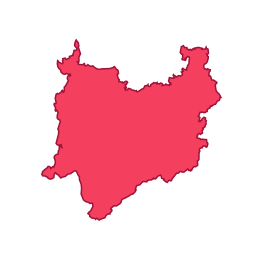 outline of Bayern, rotated 103°
{"feature_id": "DEU-1591", "entity_name": "Bayern", "entity_type": "State", "adm_level": 1, "iso_a3": "DEU", "parent_name": "Germany", "parent_adm1": "", "projection": "natural_earth1", "projection_center": [10.676, 48.917], "detail": "fine", "context": "isolated", "style": "filled", "palette": "rose", "viewbox_px": 256, "rotation_deg": 103, "n_neighbors": 0, "source": "natural_earth", "source_scale": "10m", "svg_char_len": 5678}
<svg xmlns="http://www.w3.org/2000/svg" viewBox="0 0 256 256"><g transform="rotate(103 128 128)"><path d="M155.3,56.9L154.3,56.8L155.5,58.1L155.7,58.8L155.6,59.4L154.5,60.5L158.3,63.5L158.7,64.9L158.5,66.8L158.8,67.6L160.6,68.7L161.2,70.5L167.8,73.6L169.3,73.8L169.9,74.3L169.7,76.3L172.2,77.6L171.8,79.3L170.6,81.5L169.8,81.3L169.4,83.9L167.2,85.0L166.7,85.8L168.1,88.0L171.2,89.5L171.5,90.0L171.2,91.3L171.7,91.5L171.4,92.0L173.2,93.3L173.9,95.5L174.7,97.0L176.3,97.6L176.5,100.1L177.1,101.7L180.6,103.6L181.9,106.1L182.5,106.6L185.7,107.1L186.4,107.0L186.2,106.4L186.8,106.2L189.0,106.9L191.4,108.5L191.8,109.9L193.6,111.4L197.4,115.6L198.6,117.5L199.7,118.0L202.1,118.1L203.4,118.7L206.3,121.5L206.8,122.4L206.8,123.8L207.4,124.6L209.8,126.3L210.8,126.7L211.6,125.2L212.1,125.0L215.1,126.3L215.8,126.2L215.9,127.2L217.0,128.9L218.4,129.8L220.5,130.2L223.4,134.7L224.2,135.4L222.9,138.0L224.3,139.0L223.8,139.4L223.7,140.0L223.8,143.2L222.7,145.4L221.1,145.9L220.4,147.8L218.7,147.1L218.0,146.3L216.7,145.6L212.5,144.6L209.9,145.2L209.3,145.8L210.1,148.1L209.3,150.0L209.3,152.5L208.1,155.2L202.9,158.8L197.4,159.6L193.2,161.0L189.3,163.7L186.5,164.4L184.9,166.2L181.6,168.6L181.7,170.0L182.4,171.1L185.3,173.6L186.6,176.3L189.3,178.2L190.7,181.0L191.8,182.2L189.2,185.8L188.9,187.2L187.9,188.5L188.5,189.1L190.8,189.5L193.0,189.1L194.8,191.1L195.3,192.5L195.2,193.7L194.6,195.0L193.8,195.7L193.9,196.8L193.4,197.8L193.8,200.3L192.4,201.7L191.1,201.2L190.0,201.5L187.6,200.0L185.4,198.1L183.4,197.2L183.2,195.9L183.7,194.7L184.8,194.2L182.3,192.3L182.7,191.4L178.3,191.0L176.1,191.6L173.7,193.2L172.1,193.4L170.0,192.0L169.1,190.2L166.2,190.7L163.9,190.2L161.7,190.8L161.1,189.9L161.8,188.1L159.2,189.4L160.3,191.2L160.4,192.5L160.2,193.3L159.1,194.6L149.6,194.3L146.2,194.9L144.9,196.1L136.9,195.4L135.6,196.4L134.9,198.6L134.1,199.3L131.4,199.8L128.6,199.6L126.7,201.5L127.6,201.9L127.8,202.3L127.4,202.8L124.3,203.3L122.4,205.0L121.5,205.4L120.6,205.3L120.6,203.9L119.8,203.6L115.4,205.6L111.2,205.6L110.2,204.6L110.5,204.0L110.4,203.4L108.4,201.5L106.3,200.7L106.0,200.3L107.7,199.2L106.3,198.4L102.4,199.3L101.5,198.5L95.3,196.8L93.4,198.4L91.2,198.3L90.0,197.6L90.4,196.4L90.2,195.9L89.1,196.0L88.5,196.2L89.1,197.8L88.7,200.3L89.8,201.4L90.0,203.1L89.0,205.3L88.4,206.0L86.7,206.7L85.6,208.6L84.1,210.1L81.4,211.3L78.2,211.7L78.6,210.7L79.5,210.3L80.2,206.5L79.5,206.1L77.7,206.4L77.1,207.0L76.2,206.7L75.1,207.2L74.0,204.8L74.9,204.2L75.1,203.7L74.7,203.1L72.7,200.6L71.6,201.2L71.1,200.9L70.7,199.6L69.8,198.7L69.7,197.9L68.6,198.3L66.2,197.8L65.1,198.2L64.3,197.8L64.1,196.1L63.1,195.4L61.9,195.8L59.9,198.4L58.8,198.8L56.3,198.8L53.9,198.3L56.4,195.4L58.0,195.0L59.0,194.3L60.4,194.6L66.4,191.0L70.0,191.8L74.0,190.8L74.9,192.3L75.3,191.9L75.5,190.8L77.0,190.9L77.1,190.2L76.6,186.5L75.0,185.1L75.4,184.6L76.3,184.5L77.1,183.8L76.0,181.6L75.3,181.3L76.1,179.6L76.3,177.8L75.3,176.2L75.9,175.5L77.1,172.6L77.5,169.6L76.3,166.9L74.1,158.9L72.1,155.6L71.5,155.5L71.2,155.0L73.7,152.2L73.6,151.5L74.5,150.4L77.2,149.5L78.1,150.7L82.0,148.7L82.7,147.5L84.7,147.3L84.4,146.9L84.9,144.9L84.4,143.6L85.3,143.0L85.3,142.6L83.5,141.4L82.8,140.3L82.9,139.6L83.7,138.6L84.8,139.2L86.0,139.3L86.8,140.5L89.2,138.5L89.7,138.8L89.2,139.9L89.5,140.4L91.8,138.8L90.8,137.0L89.6,136.6L89.2,135.9L89.5,133.7L90.3,132.1L89.9,131.1L90.2,128.6L89.8,128.2L90.7,127.8L90.7,127.5L89.5,125.5L86.9,123.2L86.3,121.9L83.0,120.9L83.1,120.1L82.4,119.5L82.5,118.9L81.2,118.3L82.2,117.9L82.6,117.0L82.6,116.0L81.7,115.3L80.8,115.6L78.0,113.1L78.5,112.7L77.9,111.8L77.8,110.8L77.1,109.9L78.4,109.8L77.9,108.3L78.2,107.4L76.9,106.5L77.0,104.7L77.7,104.0L78.9,104.1L77.7,101.5L76.6,101.0L77.4,99.5L76.9,98.5L77.2,97.5L76.1,97.1L76.2,96.3L75.5,95.9L74.4,96.7L74.7,97.6L73.2,99.0L69.6,99.0L69.4,95.5L68.7,94.9L68.9,94.5L68.7,94.1L67.1,95.0L66.7,95.8L65.8,95.7L66.6,94.7L66.6,93.8L67.5,92.5L65.6,90.5L65.5,88.5L64.0,86.9L62.8,87.3L61.4,88.6L60.5,86.9L59.6,87.6L59.4,88.4L58.4,88.6L57.5,88.0L58.2,86.5L58.2,84.6L58.5,84.2L58.3,83.8L56.4,84.4L55.3,83.8L54.1,84.0L51.3,83.1L48.4,83.7L46.0,83.8L44.9,84.6L45.2,85.4L45.0,86.3L47.0,86.9L47.1,88.0L47.7,88.0L48.3,87.0L49.3,87.4L49.0,89.8L49.3,90.4L48.5,91.0L47.4,90.5L44.1,91.3L43.8,91.7L44.0,92.5L42.7,94.1L36.8,94.3L35.3,92.5L36.9,91.0L36.4,88.7L37.9,88.1L37.8,87.1L38.4,85.8L37.4,85.2L37.3,84.8L38.1,83.5L37.8,83.1L36.5,82.9L36.1,82.1L36.2,80.7L35.3,81.3L33.6,77.5L33.7,73.5L34.7,73.7L33.7,70.5L31.7,70.1L32.9,69.4L33.1,67.8L37.1,66.4L38.8,67.2L38.6,67.8L40.1,66.7L40.3,65.9L42.0,65.5L45.7,65.7L47.6,66.5L48.8,68.1L50.3,68.2L52.7,67.3L53.1,66.9L52.9,65.5L53.6,64.3L52.4,63.7L52.8,62.3L52.8,60.9L54.1,60.8L54.8,61.4L56.3,61.4L58.9,60.9L58.7,59.9L59.4,58.9L62.3,57.3L62.1,55.2L63.5,51.8L64.5,51.6L65.5,52.5L66.7,52.6L71.5,50.7L72.8,49.5L74.5,46.7L77.3,44.3L77.4,45.1L80.1,45.1L80.9,45.7L81.4,46.9L85.2,48.1L85.8,49.6L88.1,51.4L87.8,52.1L88.1,52.7L90.0,52.6L92.0,54.9L94.1,54.6L94.6,55.6L95.6,56.3L96.0,58.0L95.7,59.1L96.3,60.1L96.3,61.1L96.6,61.4L99.4,61.6L100.7,62.3L101.5,60.3L103.8,60.2L105.0,60.6L105.7,60.3L105.5,59.1L104.4,58.8L103.8,58.0L102.7,58.0L100.5,56.5L100.8,54.7L102.2,54.7L103.4,53.2L104.3,53.5L106.8,52.8L107.7,53.4L109.5,53.2L111.3,55.1L111.7,54.4L112.8,54.5L113.7,55.2L116.2,54.3L118.0,56.1L117.1,57.1L117.4,57.5L119.4,59.0L120.0,58.4L121.9,58.9L122.3,57.4L122.0,56.6L122.4,54.9L122.9,54.6L122.0,52.4L122.1,51.2L121.6,48.9L124.3,47.9L124.6,47.1L125.5,46.6L128.6,46.8L129.1,47.6L128.4,48.2L128.4,50.4L129.7,51.2L130.6,51.2L131.0,52.7L132.5,53.6L133.7,53.4L134.3,52.8L136.3,53.2L142.8,51.8L144.3,52.5L144.5,53.0L148.6,51.7L150.5,53.3L150.9,55.1L153.0,56.2L155.0,56.5L155.3,56.9Z" fill="#f43f5e" stroke="#9f1239" stroke-width="1.5"/></g></svg>